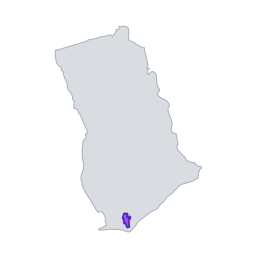 Tarkwa Nsuaem, Western, Ghana (highlighted), rotated 344°
{"feature_id": "2480657B19905724513669", "entity_name": "Tarkwa Nsuaem", "entity_type": "district", "adm_level": 2, "iso_a3": "GHA", "parent_name": "Ghana", "parent_adm1": "Western", "projection": "natural_earth1", "projection_center": [-2.01, 5.137], "detail": "fine", "context": "in_parent", "style": "filled", "palette": "violet", "viewbox_px": 256, "rotation_deg": 344, "n_neighbors": 0, "source": "geoboundaries", "source_scale": "gbopen_adm2", "svg_char_len": 4807}
<svg xmlns="http://www.w3.org/2000/svg" viewBox="0 0 256 256"><g transform="rotate(344 128 128)"><path d="M153.6,29.5L155.4,31.4L155.7,32.5L155.1,36.6L153.9,39.4L153.1,42.0L153.2,43.4L154.0,44.7L156.6,46.8L157.9,48.1L159.5,50.2L161.3,52.2L164.4,54.8L165.8,55.3L165.7,56.0L165.3,57.0L165.0,66.8L164.8,69.3L164.5,70.6L164.3,74.2L163.9,74.7L163.3,74.7L162.8,74.8L162.7,75.5L162.9,76.3L164.8,76.8L164.4,77.3L163.0,77.8L162.3,78.9L162.6,80.2L161.8,81.2L162.1,81.9L162.6,82.4L163.3,82.2L165.5,80.5L166.5,80.3L167.6,80.7L169.7,83.2L169.8,84.5L168.9,88.8L168.1,92.1L168.0,96.5L168.9,99.0L168.7,100.3L167.8,101.5L165.6,103.2L165.8,104.4L166.8,106.5L168.6,109.0L172.2,111.9L174.1,115.8L174.1,117.4L173.0,119.0L171.7,120.4L171.3,122.4L171.9,135.4L169.1,141.1L169.1,142.7L169.4,144.6L170.1,145.7L171.6,146.0L172.7,147.1L172.3,151.1L171.7,155.2L171.6,157.1L171.3,158.0L170.2,158.8L169.8,160.1L170.0,161.7L169.8,162.8L170.4,164.3L171.7,166.2L173.8,170.9L174.6,171.3L175.0,172.3L174.7,173.2L175.5,175.3L177.8,177.3L180.3,179.1L182.2,179.4L182.7,181.0L184.0,183.1L184.9,184.0L186.4,184.6L187.6,184.9L187.7,186.6L185.5,187.8L184.0,189.6L182.9,192.3L181.3,195.3L175.9,196.9L173.8,196.9L162.7,197.0L152.3,202.9L146.3,205.0L142.6,208.3L137.7,210.7L134.2,213.6L127.0,214.9L115.2,219.5L111.6,221.2L107.8,224.4L101.8,228.1L99.4,228.0L94.6,224.6L91.1,222.9L82.3,220.2L75.8,219.2L72.7,218.1L71.8,217.9L72.5,216.6L74.3,216.6L76.3,216.9L77.7,216.0L79.8,215.9L80.4,214.9L80.6,212.4L80.5,210.4L81.3,209.5L81.5,207.1L80.4,201.9L79.7,201.3L75.9,200.6L75.6,199.5L74.9,198.4L74.2,195.7L73.4,191.7L72.0,186.7L69.5,178.5L68.8,175.6L68.4,172.7L68.3,169.1L68.8,167.8L68.8,166.0L68.5,164.2L70.3,160.0L73.9,154.9L74.6,153.1L75.3,151.8L75.4,149.9L76.0,144.0L77.7,136.8L78.8,134.1L79.5,132.6L80.3,130.2L80.6,129.1L83.8,126.2L85.3,125.5L85.6,124.4L85.1,123.1L85.4,122.3L86.1,121.9L87.3,121.6L88.2,120.4L86.8,111.5L85.7,102.7L85.7,101.9L85.0,100.7L84.4,97.0L83.3,94.9L81.7,94.3L81.7,92.3L83.3,88.8L83.7,86.8L83.0,86.3L82.8,84.7L83.4,82.2L83.1,80.6L82.8,79.0L81.2,75.1L80.8,72.4L81.7,70.8L81.6,67.2L80.8,61.8L80.6,58.4L81.2,57.0L80.9,55.6L79.8,54.3L79.7,53.1L80.7,51.9L80.6,50.9L79.3,50.2L78.2,48.5L77.3,45.9L77.5,41.7L79.3,33.9L79.5,33.2L81.6,33.2L81.6,33.6L88.2,33.5L95.6,33.4L104.5,33.3L112.6,33.2L112.9,32.9L114.2,32.4L122.4,33.2L127.5,32.8L129.7,33.1L131.3,33.6L134.8,33.3L136.7,33.5L138.1,35.4L138.7,35.4L139.5,34.6L140.9,33.7L142.3,32.9L143.3,31.4L143.9,30.2L144.9,30.5L146.2,30.4L147.1,29.4L147.4,27.9L153.6,29.5Z" fill="#d9dde1" stroke="#a8b0b8" stroke-width="1"/><path d="M105.7,213.7L105.4,213.4L105.2,213.3L105.0,213.5L104.9,213.5L104.7,213.5L104.4,213.5L104.4,213.8L104.3,214.0L104.2,214.0L103.9,214.1L103.7,214.1L103.6,214.3L103.3,214.4L103.2,214.2L103.1,213.9L103.0,213.7L103.0,213.4L103.0,213.2L102.9,213.0L102.9,212.9L102.9,212.7L103.0,212.3L102.9,212.3L103.0,212.2L103.1,211.9L103.3,211.8L103.5,211.7L103.7,211.4L103.8,211.4L103.8,211.2L103.7,211.2L103.8,210.9L103.7,210.9L103.8,210.9L103.8,210.7L103.9,210.4L103.7,210.3L103.7,210.2L103.8,210.0L103.7,209.9L103.4,209.8L103.2,209.8L103.2,209.7L102.9,209.7L102.8,210.1L102.7,210.1L102.6,209.9L102.3,210.0L102.2,209.8L102.0,209.7L101.9,209.6L101.8,209.3L101.7,209.3L101.5,209.2L101.4,209.2L101.2,209.0L100.7,209.1L100.4,209.2L100.3,209.3L100.2,209.4L100.2,209.5L100.0,209.9L99.4,210.6L99.1,211.1L98.9,211.4L98.6,211.9L98.5,212.1L98.4,212.2L98.4,212.3L98.3,212.6L98.2,212.8L98.1,213.0L98.3,213.0L98.3,212.9L98.5,212.9L98.5,213.2L98.5,213.3L98.6,213.5L98.6,213.8L98.8,213.9L98.9,214.0L99.0,214.1L98.9,214.2L98.8,214.4L98.6,214.4L98.6,214.5L98.4,214.8L98.2,214.9L98.1,215.0L98.2,215.6L98.5,216.2L97.9,217.1L97.6,218.0L97.7,217.9L98.1,218.0L98.3,218.2L98.4,218.4L98.3,218.5L98.5,218.5L98.7,218.4L98.7,218.2L98.9,218.1L99.2,218.5L99.2,218.8L99.4,219.2L99.4,219.3L99.3,219.5L99.2,219.6L99.1,219.8L99.0,220.0L99.2,220.3L99.3,220.3L99.3,220.5L99.4,220.8L99.3,221.0L99.4,221.5L99.5,221.7L99.5,221.8L99.4,221.9L99.5,222.0L99.7,222.3L99.7,222.5L99.8,222.6L99.7,222.8L99.8,222.9L99.8,223.0L100.0,223.2L100.0,223.4L100.0,223.5L100.3,223.4L100.4,223.5L100.5,223.5L100.6,223.4L101.1,223.2L101.2,223.3L101.4,223.3L101.4,223.5L101.5,223.6L101.8,223.7L102.1,223.7L102.2,223.4L102.3,223.4L102.2,223.4L102.2,223.2L102.0,222.9L102.0,222.7L102.2,222.4L102.3,222.3L102.4,222.2L102.3,221.8L102.1,221.5L102.1,221.4L102.3,221.3L102.4,221.2L102.5,220.8L102.5,220.7L102.5,220.4L102.5,220.2L102.6,219.9L102.8,219.9L103.0,219.8L103.1,219.7L103.1,219.4L103.1,219.2L103.2,218.9L103.2,218.7L103.0,218.4L103.2,218.2L103.1,217.9L103.1,217.7L103.2,217.3L103.2,217.0L103.2,216.8L103.3,216.7L103.5,216.2L103.5,215.9L103.6,215.7L103.9,215.6L104.0,215.6L104.3,215.7L104.6,215.7L104.7,215.8L104.8,215.9L104.9,216.1L105.4,215.3L105.6,214.8L105.9,214.5L105.7,213.7Z" fill="#8b5cf6" stroke="#5b21b6" stroke-width="1.5"/></g></svg>